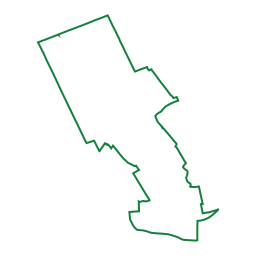 the district of Jegalia, Calarasi, Romania
{"feature_id": "2599482B22085974272415", "entity_name": "Jegalia", "entity_type": "district", "adm_level": 2, "iso_a3": "ROU", "parent_name": "Romania", "parent_adm1": "Calarasi", "projection": "robinson", "projection_center": [27.655, 44.292], "detail": "fine", "context": "isolated", "style": "outline", "palette": "green", "viewbox_px": 256, "rotation_deg": 0, "n_neighbors": 0, "source": "geoboundaries", "source_scale": "gbopen_adm2", "svg_char_len": 5271}
<svg xmlns="http://www.w3.org/2000/svg" viewBox="0 0 256 256"><path d="M197.3,240.3L197.3,231.0L197.3,228.7L197.4,224.5L197.5,222.5L197.5,220.9L200.3,220.6L201.3,220.4L203.4,219.9L205.4,219.2L206.5,218.7L207.8,218.1L209.1,217.4L210.4,216.5L211.2,216.0L212.2,215.2L214.7,213.0L215.8,212.0L217.1,210.9L217.7,210.4L217.7,210.1L217.9,209.9L218.0,209.7L217.9,209.5L217.5,209.8L215.5,210.4L213.1,211.1L211.1,211.7L209.9,212.1L209.0,212.3L207.7,212.5L206.0,212.7L204.8,212.9L203.7,213.1L202.7,213.3L202.7,213.2L202.3,210.9L202.0,209.5L201.4,206.5L201.0,204.7L200.9,204.1L202.7,203.9L201.9,200.4L199.5,189.3L198.9,186.5L196.4,186.9L195.1,187.1L194.7,187.1L191.8,186.9L190.3,186.8L190.2,186.6L190.1,186.4L190.2,186.2L190.4,185.9L190.7,185.1L190.6,184.4L190.3,183.6L188.9,182.7L188.0,182.2L187.3,181.3L186.8,179.8L186.4,178.8L186.2,177.7L187.1,175.4L187.4,174.2L187.5,171.5L186.7,170.3L186.1,169.9L184.4,168.8L183.2,167.4L183.0,166.8L184.3,165.0L185.9,163.2L184.7,161.3L183.7,159.6L183.2,158.7L182.8,158.0L181.4,155.6L180.9,154.9L180.8,154.6L180.7,154.5L180.2,153.6L178.9,151.3L177.6,149.1L177.1,148.3L176.6,147.5L176.2,147.1L175.9,146.5L175.8,146.4L175.6,146.4L175.7,146.2L176.3,144.8L176.6,144.1L176.5,143.8L176.3,143.6L175.6,142.7L175.4,142.5L174.9,141.9L174.0,140.9L173.9,140.8L173.7,140.5L172.0,138.5L171.2,137.5L170.8,137.0L169.2,135.1L168.0,133.7L167.3,132.9L166.2,131.6L165.2,130.5L164.4,129.4L163.7,128.7L162.9,127.9L162.5,127.7L162.3,127.5L162.2,127.7L162.0,127.4L162.1,127.1L162.0,126.9L161.9,126.7L162.0,126.5L161.6,126.3L160.3,124.8L157.9,122.1L157.6,121.7L157.4,121.3L156.8,119.8L155.5,116.6L155.3,116.0L155.5,115.7L156.0,115.3L156.5,114.5L156.9,114.2L157.0,114.1L157.7,113.5L159.4,112.5L160.6,111.8L161.1,111.5L161.4,111.3L161.8,110.7L162.5,109.8L162.8,109.4L164.2,108.0L164.9,107.2L165.8,106.5L166.6,105.9L168.5,104.8L169.2,104.4L169.4,104.2L171.5,103.3L172.1,102.9L173.0,102.6L174.4,102.0L175.7,101.5L177.0,101.0L178.2,100.7L178.0,100.1L177.6,99.2L176.7,97.1L176.3,97.2L174.0,97.9L173.6,98.0L173.3,97.9L173.0,97.6L172.9,97.3L172.8,97.1L172.7,96.8L172.4,96.5L171.5,95.7L170.7,95.1L170.3,94.7L169.9,94.1L169.3,93.3L168.6,92.4L167.9,91.4L166.2,89.1L165.5,88.2L164.4,86.8L163.6,85.8L163.1,85.1L162.7,84.6L161.4,83.0L160.7,82.1L159.5,80.5L158.5,79.2L157.4,77.6L156.1,75.9L155.4,74.9L154.6,73.8L153.5,72.3L152.7,71.3L152.0,70.4L151.3,69.5L151.3,69.4L149.0,70.4L148.4,69.8L148.0,69.1L147.7,68.7L147.4,68.2L147.3,67.9L147.2,67.6L147.1,67.1L145.0,67.8L140.6,69.4L137.7,70.5L135.7,71.3L134.9,71.5L134.7,71.1L134.5,70.7L133.7,69.1L133.0,67.7L132.6,66.8L132.4,66.4L132.3,66.2L132.0,65.6L131.4,64.3L130.8,63.2L130.3,62.0L129.5,60.4L129.0,59.4L128.2,57.8L127.3,55.9L126.3,53.8L126.0,53.3L125.3,51.9L124.5,50.2L123.9,48.9L123.3,47.7L122.6,46.1L121.8,44.6L121.6,44.2L121.3,43.6L121.1,43.1L120.6,42.3L120.3,41.6L119.7,40.2L119.4,39.4L119.3,39.1L118.9,38.0L118.2,36.9L117.6,35.6L117.1,34.6L116.6,33.5L115.8,31.9L115.3,31.0L115.1,30.5L114.6,29.6L113.5,27.4L112.6,25.6L112.2,24.8L111.5,23.3L111.2,22.6L110.7,21.5L110.3,20.8L109.7,19.6L109.2,18.4L108.9,17.9L108.5,17.0L108.1,16.3L107.7,15.4L106.9,15.7L104.5,16.6L102.2,17.6L100.0,18.4L98.6,18.9L97.6,19.3L96.5,19.7L94.6,20.4L92.7,21.2L90.9,21.9L89.2,22.6L88.6,22.8L86.9,23.5L86.1,23.8L85.2,24.2L84.4,24.5L83.6,24.8L81.6,25.6L80.5,26.0L79.0,26.5L77.5,27.1L74.7,28.2L72.1,29.2L71.7,29.3L70.7,29.7L69.0,30.3L65.2,31.8L64.4,32.1L62.3,33.0L61.4,33.3L59.1,34.2L58.0,34.6L58.2,35.0L57.9,34.8L57.1,35.1L55.3,35.7L53.3,36.5L50.0,37.8L49.4,38.0L48.6,38.4L47.2,38.9L46.8,39.1L45.7,39.5L44.0,40.1L42.1,40.8L40.0,41.6L38.0,42.4L39.3,44.9L41.9,50.0L43.2,52.5L45.1,56.8L47.0,61.0L50.1,67.3L53.2,73.6L61.8,92.1L70.7,110.5L73.0,115.3L75.3,120.2L77.1,123.7L78.8,127.3L80.1,130.0L81.4,132.8L82.6,135.1L83.7,137.5L85.1,140.3L86.5,143.1L90.3,141.9L94.1,140.7L94.2,140.8L94.6,141.7L95.4,143.2L96.1,144.8L96.8,146.2L97.7,147.9L98.2,148.9L98.8,150.3L99.1,150.9L99.5,151.2L100.9,149.1L102.4,147.0L103.7,145.2L104.3,144.3L105.0,143.2L105.8,143.7L105.5,143.9L105.8,144.1L107.2,144.9L107.6,144.3L108.3,144.9L108.7,145.2L109.0,145.5L109.3,145.9L109.9,146.6L110.6,147.5L111.2,148.3L111.4,147.9L111.6,147.7L111.8,147.5L112.0,147.2L112.4,146.6L113.0,145.7L116.7,150.2L120.3,154.8L121.6,156.3L122.8,157.9L125.4,160.3L128.0,162.7L128.0,162.8L128.6,163.1L130.0,163.8L131.9,164.7L133.0,165.3L135.0,166.2L136.0,165.7L136.9,166.9L137.3,167.5L138.0,168.6L138.5,169.2L138.9,169.9L139.0,170.0L136.1,171.6L133.2,173.3L136.8,179.2L140.4,185.2L142.2,188.2L143.1,189.7L144.0,191.2L146.8,195.7L149.6,200.2L149.6,200.3L149.4,200.3L149.0,200.5L148.2,200.8L147.7,201.1L147.3,201.2L147.1,201.2L146.8,201.2L146.2,201.2L146.1,201.3L145.8,201.3L145.4,201.4L145.2,201.4L144.8,201.3L144.6,201.3L144.4,201.2L144.2,201.2L143.7,201.0L143.2,201.0L142.7,201.1L142.0,201.3L141.5,201.4L141.3,201.5L141.1,201.6L140.8,201.7L140.7,201.7L140.5,201.8L140.4,201.8L140.1,201.8L139.9,201.9L139.7,201.9L139.4,201.8L139.1,201.7L138.8,201.5L139.0,211.3L134.2,211.6L129.4,212.0L129.7,215.8L130.1,219.6L132.0,223.2L133.9,226.8L135.8,228.7L137.1,229.8L139.7,230.1L143.1,230.4L146.5,231.2L149.1,232.1L151.6,232.9L156.6,233.3L163.6,233.8L168.6,234.3L171.0,235.0L172.7,235.5L174.5,236.1L178.0,237.3L181.8,239.3L184.0,239.9L185.9,240.0L195.4,240.6L197.3,240.3Z" fill="none" stroke="#15803d" stroke-width="2"/></svg>